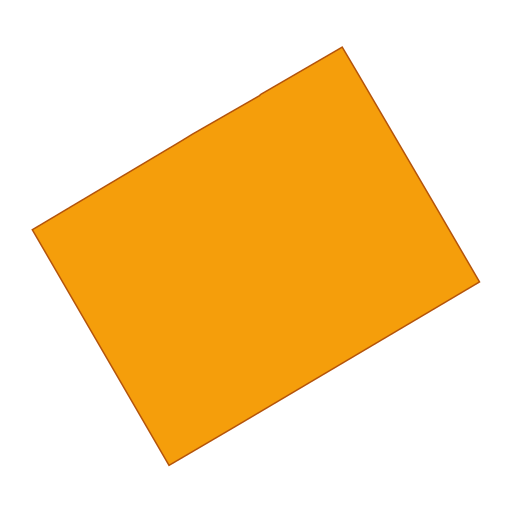 Rush, Indiana, United States of America (Equal Earth projection), rotated 60°
{"feature_id": "52423323B39033291847900", "entity_name": "Rush", "entity_type": "district", "adm_level": 2, "iso_a3": "USA", "parent_name": "United States of America", "parent_adm1": "Indiana", "projection": "equal_earth", "projection_center": [-85.493, 39.62], "detail": "fine", "context": "isolated", "style": "filled", "palette": "amber", "viewbox_px": 512, "rotation_deg": 60, "n_neighbors": 0, "source": "geoboundaries", "source_scale": "gbopen_adm2", "svg_char_len": 322}
<svg xmlns="http://www.w3.org/2000/svg" viewBox="0 0 512 512"><g transform="rotate(60 256 256)"><path d="M393.8,436.0L393.3,358.0L390.2,75.4L302.0,75.7L148.2,76.6L118.2,76.9L118.4,171.5L118.9,172.5L118.7,249.9L119.1,265.6L121.4,436.6L298.5,436.2L393.8,436.0Z" fill="#f59e0b" stroke="#b45309" stroke-width="1.5"/></g></svg>